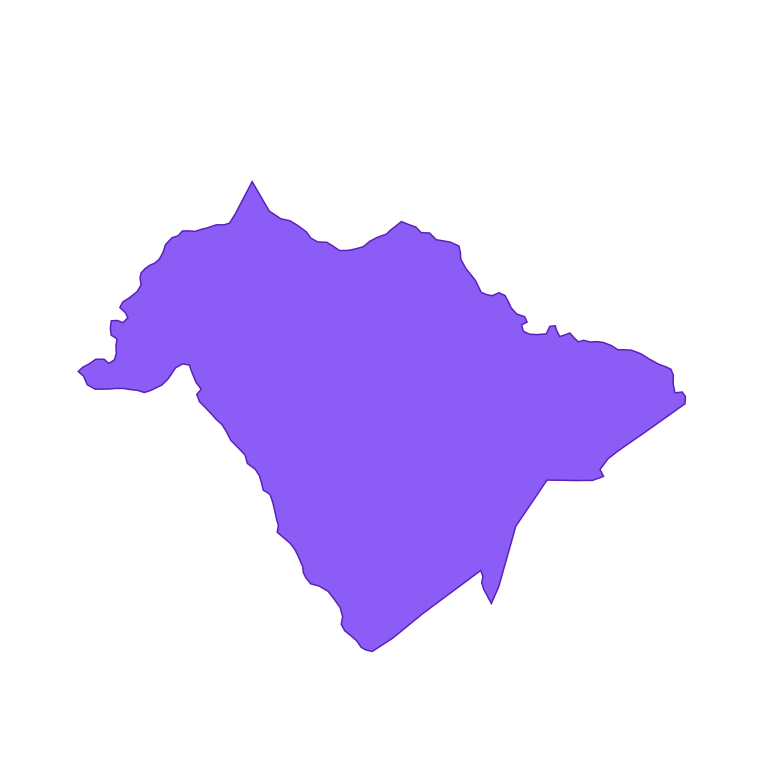 Nordestina, Bahia, Brazil, rotated 145°
{"feature_id": "56859067B76720790859008", "entity_name": "Nordestina", "entity_type": "district", "adm_level": 2, "iso_a3": "BRA", "parent_name": "Brazil", "parent_adm1": "Bahia", "projection": "orthographic", "projection_center": [-39.446, -10.879], "detail": "fine", "context": "isolated", "style": "filled", "palette": "violet", "viewbox_px": 768, "rotation_deg": 145, "n_neighbors": 0, "source": "geoboundaries", "source_scale": "gbopen_adm2", "svg_char_len": 2667}
<svg xmlns="http://www.w3.org/2000/svg" viewBox="0 0 768 768"><g transform="rotate(145 384 384)"><path d="M148.7,195.2L144.3,200.8L144.3,206.4L150.7,209.8L147.2,218.0L141.9,225.3L140.5,231.5L143.1,236.2L147.7,242.7L152.9,253.4L156.1,261.2L161.9,269.7L168.4,274.9L172.8,277.9L175.6,284.9L180.6,292.3L185.5,296.8L190.9,300.0L195.3,305.2L200.6,307.1L201.9,313.3L202.5,319.2L207.6,320.4L212.8,322.1L212.0,328.5L210.3,333.5L215.2,336.1L222.3,332.0L230.1,336.5L236.3,341.4L239.6,347.3L237.4,353.5L231.3,352.6L230.2,358.5L235.1,365.2L236.2,373.4L235.0,379.6L234.1,387.0L237.4,392.8L244.8,394.3L248.6,398.3L251.8,403.3L250.9,408.9L249.7,416.5L250.1,423.2L250.7,431.8L249.5,442.3L246.1,447.7L243.5,454.1L248.4,462.3L252.9,466.8L258.4,472.2L260.1,481.6L266.7,486.6L267.9,494.3L272.2,500.3L276.6,507.1L284.9,506.5L290.6,506.3L296.1,505.4L305.6,508.0L314.0,509.1L322.1,508.3L330.4,511.2L337.1,514.2L343.9,518.8L347.1,527.3L349.7,533.0L356.9,538.5L360.3,545.6L360.3,552.9L362.1,558.5L364.1,564.1L367.4,571.6L373.9,578.7L376.5,585.7L378.8,591.3L375.9,625.4L408.2,608.7L413.1,606.6L418.2,604.4L423.5,606.0L430.1,610.6L439.0,613.2L444.7,615.4L451.3,617.4L456.3,621.6L461.4,625.0L467.5,623.5L473.8,625.4L483.0,623.5L489.9,618.3L496.6,615.1L502.6,614.5L507.8,615.6L513.5,615.6L519.3,614.3L523.1,610.7L526.0,604.6L533.2,601.3L542.0,600.7L551.2,601.0L556.5,598.1L554.9,590.5L555.9,585.1L562.6,584.0L565.9,588.9L571.1,592.2L576.0,586.9L579.5,580.5L576.8,574.1L581.5,569.3L585.8,562.5L591.1,558.4L597.7,558.8L599.0,564.7L605.8,569.6L613.7,569.6L621.2,570.5L627.3,569.6L625.6,562.7L627.5,553.5L623.5,545.3L617.4,541.2L612.1,537.6L606.3,534.2L600.7,530.4L594.2,524.2L589.5,520.1L585.2,514.5L578.8,512.5L573.1,511.6L566.5,510.6L558.5,511.9L552.1,514.2L545.5,516.8L537.4,516.0L532.6,511.2L534.9,502.7L537.1,493.0L536.7,484.6L543.3,482.9L545.3,475.4L543.9,467.3L542.6,459.0L541.8,451.4L540.0,443.8L540.4,436.1L541.8,425.6L540.4,417.7L539.5,411.9L538.6,405.4L541.5,397.2L538.4,388.1L538.7,380.2L541.3,372.6L543.8,366.4L540.7,359.0L543.0,350.9L546.7,341.7L549.6,334.8L551.6,328.8L556.5,323.8L554.6,316.5L552.2,307.1L552.0,299.2L552.8,293.6L554.2,286.7L555.3,281.1L558.3,275.7L559.2,269.9L558.6,262.3L553.0,255.6L548.7,246.2L548.2,235.6L548.2,226.0L551.3,217.2L556.8,211.8L557.7,204.5L555.4,196.3L553.7,189.5L553.7,181.3L551.3,176.4L547.1,171.7L523.2,170.8L483.9,173.7L411.7,175.8L413.4,169.5L418.0,165.2L420.0,158.8L420.8,152.2L422.0,142.6L406.2,152.2L363.7,186.9L357.8,191.8L305.6,211.8L291.4,201.6L281.3,194.2L276.5,191.0L268.4,185.4L257.2,182.4L256.0,190.1L243.6,194.2L231.1,194.9L220.4,194.9L196.7,194.8L180.9,194.9L148.7,195.2Z" fill="#8b5cf6" stroke="#5b21b6" stroke-width="1.5"/></g></svg>